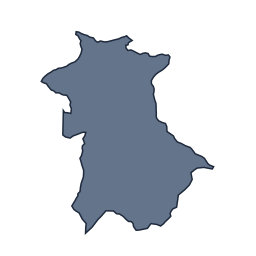 Princesa Isabel, Paraíba, Brazil (Mercator projection), rotated 352°
{"feature_id": "56859067B23626144557012", "entity_name": "Princesa Isabel", "entity_type": "district", "adm_level": 2, "iso_a3": "BRA", "parent_name": "Brazil", "parent_adm1": "Paraíba", "projection": "mercator", "projection_center": [-38.007, -7.646], "detail": "fine", "context": "isolated", "style": "filled", "palette": "slate", "viewbox_px": 256, "rotation_deg": 352, "n_neighbors": 0, "source": "geoboundaries", "source_scale": "gbopen_adm2", "svg_char_len": 2472}
<svg xmlns="http://www.w3.org/2000/svg" viewBox="0 0 256 256"><g transform="rotate(352 128 128)"><path d="M90.1,25.4L89.3,28.0L91.4,29.9L92.4,32.9L93.6,35.0L92.4,37.6L92.6,40.1L93.4,43.5L92.1,47.1L90.0,50.4L88.2,52.6L84.5,55.2L81.3,55.8L78.2,56.9L75.9,58.3L70.7,59.3L67.1,59.2L65.0,60.2L62.3,60.5L59.6,61.9L56.3,63.2L53.3,65.0L50.6,67.1L48.6,69.8L50.5,71.4L53.4,72.8L54.7,75.5L57.3,79.7L59.6,80.8L61.4,83.1L64.9,83.7L67.0,85.5L69.2,86.5L71.9,87.0L73.3,90.2L74.9,94.3L73.7,97.0L74.6,101.2L73.4,105.6L70.0,104.4L67.4,103.9L66.4,101.7L62.5,125.8L64.6,128.0L66.8,129.0L69.4,129.9L72.3,128.3L82.7,125.9L85.6,126.5L84.0,130.0L81.8,132.4L82.4,134.8L82.9,137.5L80.5,139.2L79.8,141.3L80.0,144.1L79.1,146.6L77.8,149.4L76.2,151.3L76.8,154.7L77.1,157.8L78.2,163.7L77.7,166.9L77.0,170.3L74.0,176.2L72.8,179.7L71.6,184.3L69.3,186.0L68.8,188.4L66.8,190.6L65.4,192.7L63.7,194.7L61.5,197.4L63.1,201.2L64.9,202.9L67.8,205.3L69.0,208.8L70.0,211.7L71.8,214.5L73.3,216.8L72.4,220.2L71.3,226.3L74.9,223.8L78.4,221.4L85.4,214.5L89.1,211.7L94.7,206.9L102.1,208.2L104.7,211.3L107.6,212.0L111.0,214.9L113.2,218.0L115.5,220.6L118.3,221.2L119.7,223.2L119.8,226.4L121.8,230.4L125.1,230.6L133.2,230.1L137.4,225.9L143.1,227.5L146.7,229.6L149.9,227.7L151.9,225.9L154.5,224.1L156.3,222.8L158.1,221.3L157.8,218.5L158.9,216.6L161.0,214.4L165.1,213.2L166.4,208.7L167.2,206.1L168.5,201.4L175.5,197.1L180.9,192.9L184.4,187.9L184.1,181.1L188.0,178.7L191.0,177.3L197.7,177.6L205.8,180.3L207.4,178.2L203.8,176.2L202.1,174.4L199.5,168.7L197.0,166.4L193.1,164.1L190.9,162.8L189.5,160.1L188.4,158.1L186.8,155.9L184.9,154.9L182.3,153.5L178.7,150.8L174.9,148.7L172.7,145.0L171.9,142.2L169.1,139.6L166.1,136.9L166.6,132.1L165.7,128.7L162.8,127.4L159.4,125.2L157.7,122.3L157.6,119.7L158.1,117.4L158.5,112.8L158.9,109.9L159.1,107.3L158.4,104.2L158.1,101.1L157.8,98.2L158.8,95.6L159.3,93.0L158.9,90.4L157.4,87.5L157.7,84.4L160.0,81.4L162.7,79.0L165.5,77.3L167.6,76.4L169.9,75.4L172.7,73.7L174.7,72.2L177.3,70.1L178.0,66.8L179.4,63.6L178.2,61.3L175.1,61.2L172.0,59.6L167.8,60.0L165.1,61.0L162.0,60.6L159.4,59.9L158.3,57.1L155.7,56.0L153.1,56.1L150.3,56.9L146.8,54.5L144.0,52.5L141.8,51.1L138.7,51.2L137.2,48.6L137.3,45.8L139.5,45.7L140.3,43.6L144.3,41.9L141.1,38.8L139.5,36.5L137.3,37.1L134.5,37.4L130.9,38.5L127.4,38.8L122.4,39.4L119.5,39.7L116.6,39.5L112.9,38.0L109.7,38.8L107.9,37.1L106.3,34.0L102.8,32.7L100.5,30.7L98.0,29.7L94.8,27.9L92.8,26.3L90.1,25.4Z" fill="#64748b" stroke="#1e293b" stroke-width="1.5"/></g></svg>